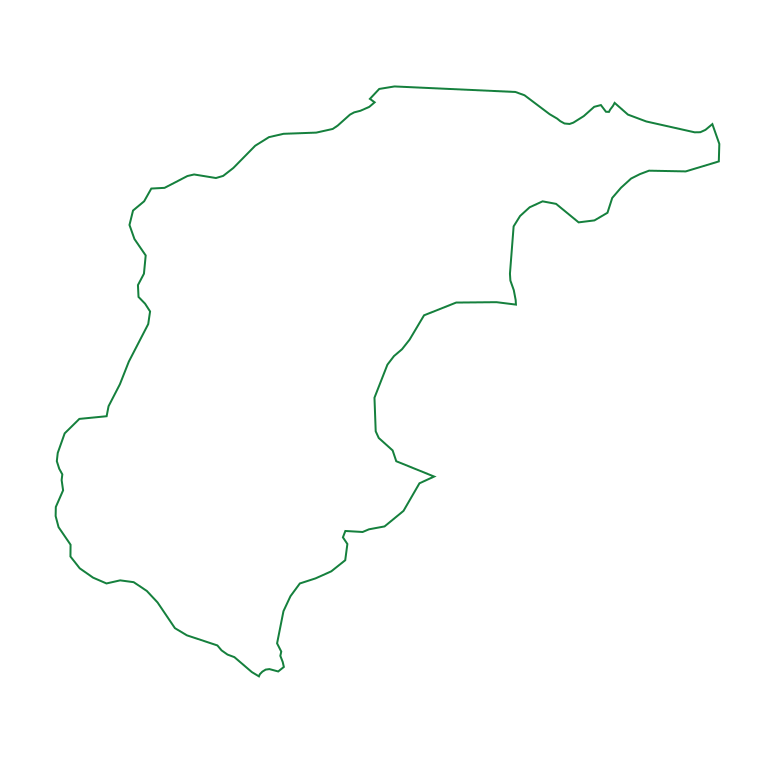 map outline of Oudômxai (orthographic projection), rotated 183°
{"feature_id": "LAO-3290", "entity_name": "Oudômxai", "entity_type": "Province", "adm_level": 1, "iso_a3": "LAO", "parent_name": "Laos", "parent_adm1": "", "projection": "orthographic", "projection_center": [101.644, 20.521], "detail": "fine", "context": "isolated", "style": "outline", "palette": "green", "viewbox_px": 768, "rotation_deg": 183, "n_neighbors": 0, "source": "natural_earth", "source_scale": "10m", "svg_char_len": 1890}
<svg xmlns="http://www.w3.org/2000/svg" viewBox="0 0 768 768"><g transform="rotate(183 384 384)"><path d="M483.5,93.3L487.2,92.6L490.4,90.4L492.8,87.7L493.6,85.5L500.9,89.4L519.1,103.4L526.1,105.6L532.3,109.5L536.7,114.2L567.7,122.7L580.0,129.2L598.7,154.0L610.0,164.9L623.6,173.0L637.2,174.1L650.7,170.3L664.4,175.4L678.2,184.0L688.1,195.3L688.6,207.1L701.5,224.0L705.0,234.9L705.3,244.0L698.9,261.0L700.9,271.2L700.5,276.9L703.9,282.4L706.7,289.8L706.2,298.1L700.3,318.0L686.4,333.2L659.3,337.3L657.9,347.4L647.7,370.0L640.0,393.0L622.6,431.5L621.4,444.2L626.8,451.7L633.7,458.1L634.9,469.9L629.5,481.6L628.7,499.9L640.8,515.7L646.5,529.5L643.7,544.1L633.1,553.9L626.6,567.0L613.4,568.4L591.2,581.4L584.6,583.3L562.6,580.9L555.5,583.4L545.8,591.8L525.1,615.2L511.8,624.5L497.4,628.6L464.8,631.5L448.6,636.0L443.8,639.6L432.1,651.2L428.0,653.7L421.9,655.6L413.2,660.0L408.1,664.8L413.0,668.0L404.2,678.4L389.1,681.7L268.1,682.5L258.8,679.7L232.7,662.1L225.0,658.1L221.7,655.7L217.4,653.6L212.3,653.4L208.6,654.9L198.5,662.0L188.6,671.8L182.0,673.9L176.6,667.5L173.6,667.5L172.5,669.9L169.9,673.7L168.4,676.8L154.5,665.8L135.8,659.9L86.9,651.6L81.3,652.0L76.3,654.6L69.7,660.7L61.7,641.3L61.3,623.8L93.8,612.1L130.5,610.9L139.4,607.0L148.0,602.1L157.6,592.4L165.8,581.8L169.8,566.7L182.4,558.4L198.1,555.6L221.6,572.9L235.2,574.7L247.8,568.1L256.9,558.9L262.8,548.2L264.0,500.7L263.2,493.9L259.3,484.5L256.9,474.7L256.4,470.2L276.0,471.6L316.2,469.1L347.6,454.7L360.8,429.6L367.8,419.7L375.5,412.4L381.6,403.5L392.8,369.8L389.8,336.3L386.4,329.8L371.9,318.1L367.7,307.5L329.1,294.2L343.4,286.7L357.9,258.3L376.0,241.8L391.4,238.1L397.6,235.1L414.9,235.2L417.0,228.7L412.2,222.3L413.5,206.0L426.8,194.2L442.2,186.3L457.6,180.4L466.3,167.2L472.5,151.9L477.2,119.4L472.6,111.4L473.3,107.1L470.6,101.1L469.2,96.2L474.6,91.4L483.5,93.3Z" fill="none" stroke="#15803d" stroke-width="2"/></g></svg>